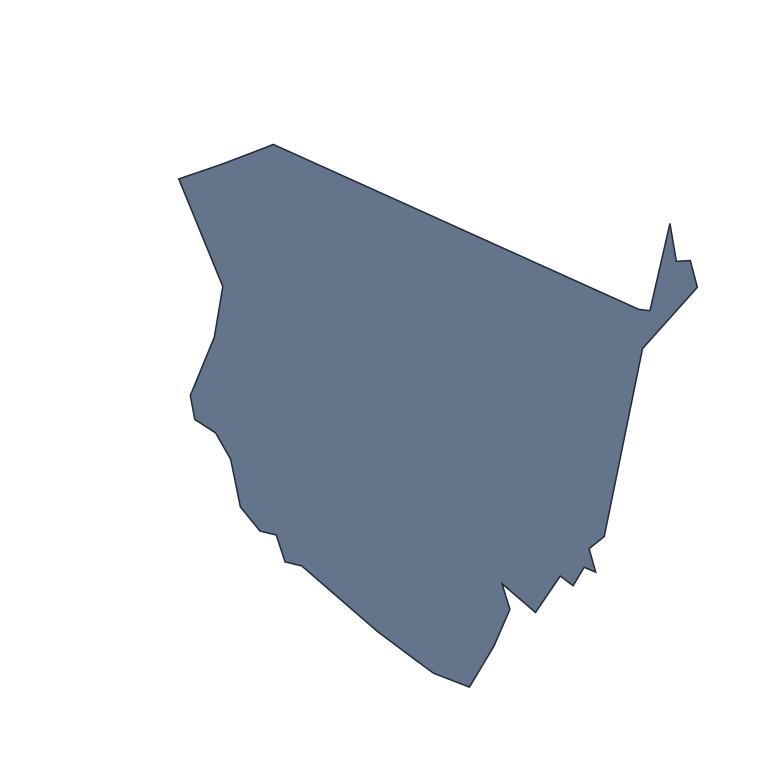 Washington, Tennessee, United States of America (Robinson projection), rotated 111°
{"feature_id": "52423323B6874180594173", "entity_name": "Washington", "entity_type": "district", "adm_level": 2, "iso_a3": "USA", "parent_name": "United States of America", "parent_adm1": "Tennessee", "projection": "robinson", "projection_center": [-82.462, 36.272], "detail": "fine", "context": "isolated", "style": "filled", "palette": "slate", "viewbox_px": 768, "rotation_deg": 111, "n_neighbors": 0, "source": "geoboundaries", "source_scale": "gbopen_adm2", "svg_char_len": 615}
<svg xmlns="http://www.w3.org/2000/svg" viewBox="0 0 768 768"><g transform="rotate(111 384 384)"><path d="M636.4,195.6L589.2,187.4L549.2,185.7L528.2,202.2L543.0,160.7L500.1,150.6L504.6,135.1L483.4,131.5L483.8,118.9L464.2,133.5L447.5,123.7L258.3,155.3L181.4,126.1L159.0,142.3L164.7,155.0L131.6,174.6L220.3,162.0L223.0,172.9L200.0,573.3L206.1,579.8L237.5,614.9L266.1,649.1L350.8,569.4L401.1,559.2L464.2,560.7L485.0,547.9L490.0,523.7L509.2,500.2L550.3,474.0L565.8,446.9L563.6,430.5L585.6,412.6L583.3,395.7L617.4,301.5L630.8,254.2L636.3,233.9L636.4,195.6Z" fill="#64748b" stroke="#1e293b" stroke-width="1.5"/></g></svg>